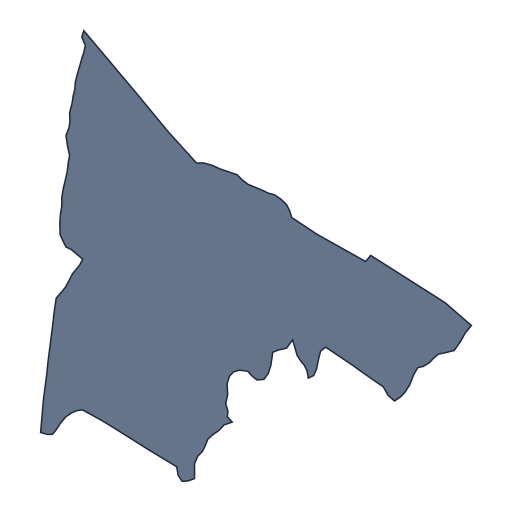 the district of Itajuípe, Bahia, Brazil
{"feature_id": "56859067B68754301032545", "entity_name": "Itajuípe", "entity_type": "district", "adm_level": 2, "iso_a3": "BRA", "parent_name": "Brazil", "parent_adm1": "Bahia", "projection": "robinson", "projection_center": [-39.441, -14.658], "detail": "fine", "context": "isolated", "style": "filled", "palette": "slate", "viewbox_px": 512, "rotation_deg": 0, "n_neighbors": 0, "source": "geoboundaries", "source_scale": "gbopen_adm2", "svg_char_len": 1798}
<svg xmlns="http://www.w3.org/2000/svg" viewBox="0 0 512 512"><path d="M388.0,395.2L394.5,401.0L401.0,396.5L404.9,392.3L409.7,384.8L413.7,374.7L417.7,367.7L423.3,366.4L429.6,362.5L433.8,358.0L438.3,354.2L446.2,352.5L454.2,350.5L460.7,341.2L465.4,332.7L471.4,325.5L445.1,302.7L370.7,255.4L365.6,261.5L321.1,236.6L315.2,233.1L291.7,217.5L289.7,210.8L286.5,204.5L281.2,199.4L274.7,194.9L267.9,193.0L262.8,190.4L255.7,187.5L248.1,184.4L242.7,180.3L237.0,174.7L228.5,171.8L220.5,169.1L212.4,165.4L203.3,162.9L196.6,163.1L168.5,132.1L135.4,92.0L83.8,30.7L81.8,36.9L85.3,45.6L83.8,52.4L81.6,59.3L79.3,67.4L77.0,75.4L75.3,82.5L74.8,89.4L73.1,96.2L72.2,102.6L69.6,113.1L69.9,121.0L69.1,127.3L66.0,135.6L67.6,146.7L69.6,155.3L68.3,162.1L67.2,171.8L65.4,179.6L63.4,188.1L61.8,197.4L61.8,206.3L60.6,212.9L59.8,222.8L60.1,234.6L63.2,241.4L66.0,247.0L71.2,249.5L76.8,254.2L82.7,259.2L79.7,265.0L72.5,273.8L68.3,281.9L65.4,287.3L61.5,292.0L56.2,298.1L53.8,314.6L53.0,322.8L48.1,360.9L46.5,376.1L43.4,400.1L40.6,432.5L47.0,434.4L52.4,434.4L56.2,429.8L60.4,423.3L65.8,416.8L71.6,412.9L77.6,410.4L82.7,410.0L102.8,421.1L124.6,434.6L147.3,449.0L176.7,466.8L178.1,475.1L182.1,481.3L187.8,481.0L194.5,478.6L194.6,472.2L194.5,463.8L197.7,456.3L202.4,451.5L205.1,446.0L207.8,439.3L212.7,434.7L218.9,430.5L224.1,424.9L232.2,422.1L227.4,416.8L227.9,410.8L225.7,403.9L227.7,394.5L227.1,383.8L229.4,376.4L233.3,372.0L239.3,370.2L247.6,371.2L251.7,375.7L257.0,380.0L263.9,379.4L268.2,373.6L270.7,366.0L271.8,359.2L272.7,352.2L278.9,349.9L286.5,348.2L292.6,339.9L295.3,349.0L297.1,355.3L300.7,360.9L304.4,365.4L307.0,370.6L308.3,378.1L313.7,375.5L316.6,368.9L318.5,359.3L320.6,351.1L325.7,347.2L352.8,365.4L359.9,370.6L370.7,378.1L378.1,383.3L383.3,386.8L388.0,395.2Z" fill="#64748b" stroke="#1e293b" stroke-width="1.5"/></svg>